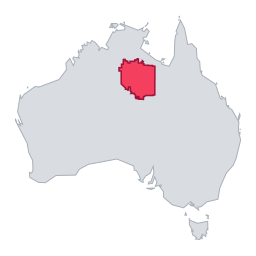 location of Barkly, Northern Territory, Australia
{"feature_id": "25037944B87984246529450", "entity_name": "Barkly", "entity_type": "district", "adm_level": 2, "iso_a3": "AUS", "parent_name": "Australia", "parent_adm1": "Northern Territory", "projection": "natural_earth1", "projection_center": [135.185, -19.542], "detail": "fine", "context": "in_parent", "style": "filled", "palette": "rose", "viewbox_px": 256, "rotation_deg": 0, "n_neighbors": 0, "source": "geoboundaries", "source_scale": "gbopen_adm2", "svg_char_len": 5997}
<svg xmlns="http://www.w3.org/2000/svg" viewBox="0 0 256 256"><path d="M184.6,28.6L187.7,44.5L191.8,43.7L196.4,48.5L197.0,58.2L199.7,61.6L200.3,70.6L202.2,75.3L215.4,84.1L220.3,98.4L221.8,99.2L222.2,96.6L225.0,99.2L225.5,98.0L226.5,105.2L228.2,107.4L231.9,109.7L238.9,122.0L238.3,130.2L240.6,140.1L236.1,158.5L233.2,165.3L226.4,172.9L219.8,187.9L217.9,199.2L206.8,201.9L201.1,206.7L197.7,207.2L198.6,210.0L193.4,205.9L194.2,205.0L193.9,204.0L192.9,203.9L191.1,205.7L189.8,204.6L192.0,202.9L190.8,201.7L183.5,207.8L172.3,204.8L163.6,197.3L163.4,191.5L159.4,186.2L161.1,186.4L161.1,184.9L155.2,186.4L157.0,182.5L154.7,176.8L152.5,183.3L148.2,184.0L148.9,181.8L150.9,181.8L153.9,172.9L153.2,166.2L150.2,173.2L145.8,175.9L142.8,180.1L143.3,182.2L141.5,182.0L138.7,179.6L140.5,179.6L139.2,175.4L136.5,170.7L134.2,170.1L133.8,166.0L116.9,159.0L88.5,164.3L79.5,169.1L75.7,175.1L55.9,175.5L45.5,182.7L38.2,182.3L29.8,177.4L29.4,172.4L31.4,173.3L33.0,170.3L32.6,160.3L28.8,152.7L27.1,143.2L16.9,123.4L20.6,125.6L18.2,119.5L19.9,123.1L22.6,124.2L17.6,111.8L20.3,94.7L21.2,98.7L24.2,94.3L35.1,86.5L39.1,87.0L59.1,79.5L66.5,69.6L65.9,63.1L69.8,58.4L73.3,65.6L75.0,61.6L72.8,58.8L73.4,57.0L80.0,58.2L77.9,57.5L79.3,54.6L78.1,52.1L81.6,51.8L80.3,49.9L83.2,49.6L82.2,46.9L84.7,43.9L84.9,45.7L87.0,45.5L87.1,42.0L90.1,43.3L91.9,40.5L95.1,42.4L99.3,47.2L98.6,51.0L101.5,47.3L107.5,49.8L108.7,47.7L106.0,44.8L113.0,31.8L114.4,32.6L116.8,29.3L117.7,30.7L124.9,29.7L124.7,26.6L119.8,24.2L120.6,23.4L138.1,30.2L143.2,27.7L142.0,30.3L144.1,31.7L146.7,28.6L149.1,31.2L146.3,37.0L143.2,37.6L143.4,41.8L140.5,48.3L156.3,60.3L160.7,61.5L162.0,64.3L169.1,66.3L174.3,56.0L174.8,40.8L175.6,35.2L177.4,33.8L176.1,31.2L180.5,20.3L184.6,28.6ZM189.3,220.1L197.6,223.3L207.7,221.3L207.9,230.3L207.4,228.7L206.3,230.6L205.8,236.5L202.3,234.1L199.8,239.5L195.5,239.0L196.5,237.5L192.8,235.0L191.5,230.4L193.1,231.2L189.4,224.8L189.3,220.1ZM111.6,23.5L116.7,23.5L118.2,25.1L114.9,28.4L111.6,23.5ZM146.3,188.3L154.8,188.0L151.2,189.5L146.3,188.3ZM147.7,40.9L148.7,44.1L145.6,43.6L146.1,41.3L147.7,40.9ZM238.5,120.6L238.4,116.8L239.7,113.7L240.1,116.0L238.5,120.6ZM205.6,214.8L208.4,215.5L208.4,216.8L205.6,214.8ZM111.1,24.5L112.9,27.7L109.7,27.5L111.1,24.5ZM186.4,215.3L184.8,215.0L185.8,212.8L186.4,215.3ZM164.6,58.9L163.1,59.9L161.5,60.4L162.3,58.6L164.6,58.9ZM16.8,122.6L15.5,120.8L15.4,119.1L15.6,119.0L16.8,122.6ZM207.8,218.0L208.8,218.8L206.8,218.1L207.8,218.0ZM227.6,105.7L228.7,105.7L228.7,107.4L227.6,105.7ZM200.7,70.5L202.0,71.5L201.8,72.1L200.7,70.5ZM202.1,237.3L202.1,238.7L201.1,238.3L202.1,237.3ZM240.0,131.6L240.0,133.7L239.9,133.6L240.0,131.6ZM124.4,23.4L123.6,22.5L124.1,22.0L124.4,23.4ZM147.9,23.5L146.7,25.2L148.1,22.3L147.9,23.5ZM240.3,129.2L239.7,129.8L240.1,129.1L240.3,129.2ZM149.7,53.3L149.0,53.6L149.4,52.8L149.7,53.3ZM145.2,40.8L144.3,41.0L144.9,40.0L145.2,40.8ZM28.0,86.6L27.8,87.9L27.4,87.8L28.0,86.6ZM179.0,19.5L179.0,20.7L178.7,19.8L179.0,19.5ZM192.9,204.5L193.1,205.1L192.8,204.9L192.9,204.5ZM146.3,25.6L144.7,26.7L146.4,25.3L146.3,25.6ZM82.3,45.3L81.7,46.1L82.1,45.2L82.3,45.3ZM202.7,236.2L202.2,236.5L202.5,236.0L202.7,236.2ZM163.8,62.8L162.9,62.8L163.4,62.1L163.8,62.8ZM79.0,51.2L78.5,51.6L78.5,50.6L79.0,51.2ZM206.9,233.2L206.2,233.6L206.4,232.8L206.9,233.2ZM179.6,16.5L179.5,17.3L179.0,16.9L179.6,16.5ZM192.5,205.4L193.2,206.0L192.0,205.8L192.5,205.4ZM217.0,84.0L216.4,84.0L216.7,83.2L217.0,84.0ZM221.6,96.5L221.3,96.5L221.6,95.8L221.6,96.5ZM189.7,219.0L189.5,219.5L189.3,218.8L189.7,219.0Z" fill="#d9dde1" stroke="#a8b0b8" stroke-width="1"/><path d="M154.8,90.1L154.8,88.5L154.8,88.2L154.8,87.4L154.8,87.1L154.8,86.8L154.8,86.1L154.8,85.8L154.8,84.3L154.8,83.7L154.8,81.8L154.8,81.4L154.9,80.0L154.9,78.5L154.9,77.4L154.9,77.1L154.9,76.9L154.9,76.6L154.9,76.1L154.9,75.9L154.9,75.3L154.9,75.1L154.9,74.2L154.9,73.3L154.9,73.2L154.9,72.9L154.9,70.0L154.9,69.3L154.9,68.8L154.9,67.4L154.9,66.2L154.4,66.2L153.1,66.2L152.6,66.2L152.6,65.5L151.7,65.5L150.0,65.5L149.2,65.5L148.3,65.5L148.3,65.2L146.6,65.2L144.8,65.2L144.0,65.2L144.0,64.5L144.0,63.9L143.0,63.9L143.0,63.0L143.0,62.0L143.0,61.9L143.3,61.6L142.4,60.8L142.4,61.9L142.2,61.9L141.9,61.9L141.3,61.9L141.3,63.0L140.3,63.0L140.2,63.0L139.0,63.0L138.4,63.0L138.4,62.7L138.4,62.1L138.4,60.9L138.4,58.9L137.9,58.8L137.1,58.8L137.1,59.8L135.4,59.8L134.8,59.8L134.8,61.3L133.5,61.3L131.7,61.3L130.0,61.3L130.0,62.7L130.0,63.0L129.2,63.0L128.9,63.0L128.3,63.0L128.2,62.8L128.1,62.7L127.8,62.7L127.8,62.3L127.8,61.3L127.6,61.3L126.4,61.3L126.4,60.8L125.8,60.8L125.6,60.8L125.2,60.8L125.2,60.6L125.2,59.4L123.9,59.4L123.4,59.4L123.3,60.4L123.3,60.5L123.3,62.4L123.3,64.2L123.2,64.2L121.5,64.2L121.5,66.1L121.7,67.6L120.0,67.6L119.0,67.6L119.0,68.1L119.0,70.1L119.0,71.0L119.4,71.0L121.2,71.0L121.2,72.0L121.2,74.0L121.2,75.9L121.2,76.1L121.2,77.9L121.2,79.9L121.2,81.8L121.2,82.1L121.2,83.9L122.1,84.8L122.7,85.3L124.0,86.6L125.4,87.8L125.4,88.9L125.4,89.3L127.1,89.3L127.6,89.3L127.7,90.1L128.6,90.1L128.6,88.9L128.6,88.1L128.6,87.0L130.3,87.0L130.4,88.3L130.4,88.8L130.5,90.3L130.5,91.5L131.1,91.6L131.1,92.6L131.3,92.6L131.8,92.6L131.7,92.8L131.5,93.1L131.4,93.2L131.3,93.4L131.2,93.5L133.0,93.5L133.5,93.5L134.0,93.5L134.5,93.5L134.5,94.5L134.8,94.5L135.3,95.1L135.8,95.8L135.7,96.3L135.4,96.5L135.4,97.0L135.5,97.0L135.4,97.3L135.4,97.5L135.7,97.5L135.8,97.5L135.8,97.9L135.9,98.1L135.9,98.3L135.9,98.5L137.0,98.7L137.3,98.7L137.3,96.6L138.7,96.6L138.8,96.6L138.8,97.9L138.8,98.3L138.8,98.6L138.8,99.2L139.4,99.2L140.2,99.2L140.2,98.9L140.2,98.7L140.6,98.5L141.4,99.2L141.7,99.2L142.3,99.2L142.8,99.3L143.0,99.4L143.1,99.1L143.5,99.2L143.5,97.2L143.5,96.6L144.4,96.6L144.5,96.5L144.6,96.4L144.8,96.3L144.8,96.2L145.0,96.1L145.2,95.9L145.3,95.9L145.5,95.7L145.8,95.4L145.9,95.5L146.0,95.5L146.0,95.4L146.3,95.4L146.3,95.5L147.5,95.5L149.3,95.5L150.3,95.5L151.1,95.5L153.0,95.5L153.0,95.0L154.8,95.0L154.8,94.9L154.8,94.7L154.8,94.4L154.8,94.1L154.8,93.6L154.8,93.4L154.8,92.1L154.8,90.1Z" fill="#f43f5e" stroke="#9f1239" stroke-width="1.5"/></svg>